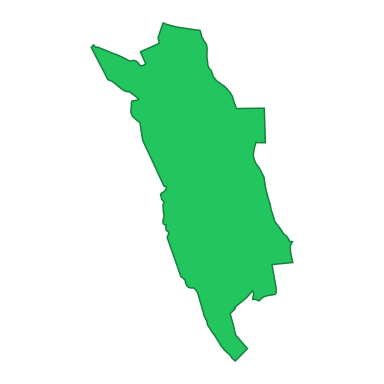 outline of Movileni, Galati, Romania
{"feature_id": "2599482B38309693549911", "entity_name": "Movileni", "entity_type": "district", "adm_level": 2, "iso_a3": "ROU", "parent_name": "Romania", "parent_adm1": "Galati", "projection": "orthographic", "projection_center": [27.365, 45.757], "detail": "fine", "context": "isolated", "style": "filled", "palette": "green", "viewbox_px": 384, "rotation_deg": 0, "n_neighbors": 0, "source": "geoboundaries", "source_scale": "gbopen_adm2", "svg_char_len": 3793}
<svg xmlns="http://www.w3.org/2000/svg" viewBox="0 0 384 384"><path d="M203.9,315.2L204.9,317.2L206.8,321.1L207.5,324.8L211.7,331.4L215.5,336.7L220.9,345.7L224.5,350.1L226.5,352.0L229.8,354.8L231.9,358.0L232.2,358.4L233.7,359.7L234.9,360.7L235.2,361.0L247.5,348.7L235.7,335.0L233.7,326.5L230.2,313.8L230.1,313.4L231.5,312.5L235.4,308.4L234.7,307.4L246.3,297.9L246.5,297.7L252.5,290.9L253.7,293.0L252.7,299.5L254.1,299.2L254.9,299.4L255.7,299.5L257.2,300.0L258.9,300.9L262.4,297.7L265.2,296.3L268.3,295.5L274.4,294.5L274.9,294.5L275.8,293.5L276.2,292.6L275.9,285.8L275.7,285.5L272.0,264.6L292.8,262.5L290.6,252.5L290.3,247.3L290.7,244.7L292.5,241.7L291.8,241.5L291.3,241.6L290.8,241.6L290.0,241.5L289.4,240.9L288.5,238.9L287.0,236.6L284.9,234.9L283.5,233.6L282.6,232.0L282.0,231.2L281.9,231.1L281.7,230.9L280.5,228.9L274.6,221.2L273.0,215.1L271.1,209.7L270.2,204.5L268.0,197.6L265.3,186.6L264.1,177.7L263.0,175.1L259.3,168.2L255.3,162.5L254.0,158.5L253.7,157.3L253.5,156.7L253.4,155.1L253.5,153.1L253.7,151.7L254.0,149.9L254.4,148.0L254.8,146.4L254.9,146.0L255.5,144.3L256.0,142.5L259.9,142.7L262.4,142.7L264.3,142.7L265.3,142.7L265.3,142.3L265.3,140.3L265.2,138.3L265.2,137.3L265.2,136.2L265.1,134.2L264.7,121.2L264.7,119.7L264.5,114.9L264.3,108.2L264.1,108.2L263.8,108.2L245.1,108.4L244.6,108.4L236.6,108.6L236.0,107.3L233.8,101.3L232.9,98.1L232.4,96.3L230.0,92.4L227.5,89.4L223.7,85.6L223.4,85.8L219.6,82.8L217.1,81.4L213.2,76.5L211.8,72.0L210.7,70.0L208.9,68.0L208.9,67.8L207.9,65.6L207.5,60.9L206.9,57.0L207.1,48.1L206.4,44.3L204.6,41.7L203.8,40.6L202.3,37.6L201.5,36.5L201.2,34.4L200.1,30.4L193.4,29.5L192.1,29.3L176.9,27.1L176.4,26.9L174.2,26.4L173.8,26.3L167.1,24.5L163.1,23.0L159.6,33.1L158.3,37.1L158.0,37.9L158.3,38.9L159.4,43.0L158.9,43.3L158.7,43.4L157.6,44.0L157.3,44.2L155.2,45.1L154.1,45.6L150.2,47.4L140.4,51.8L144.1,60.2L145.7,63.8L145.4,64.2L141.6,66.1L140.2,65.4L139.6,65.1L139.2,64.3L138.5,63.4L137.9,62.6L137.1,61.8L135.7,60.9L133.7,60.4L130.4,61.1L128.7,60.5L128.1,60.1L126.7,59.4L125.9,58.9L123.2,57.6L121.9,57.0L118.5,55.4L116.6,54.6L116.3,54.5L114.0,53.8L105.8,50.4L97.5,47.0L96.9,47.3L96.6,47.4L95.3,46.9L95.0,46.8L93.9,45.1L93.0,45.1L92.0,46.8L91.7,47.0L91.2,47.3L93.7,52.1L93.9,52.5L96.0,56.6L96.5,57.6L98.4,61.3L101.9,68.0L107.4,78.7L107.8,79.5L108.2,79.7L108.3,79.8L108.7,80.0L109.9,80.4L110.2,80.6L112.0,81.2L112.3,81.3L112.6,81.5L113.1,82.1L114.4,83.0L115.3,83.8L116.9,85.0L119.2,87.0L121.5,88.9L122.4,89.5L122.6,89.6L123.0,89.8L123.4,90.1L123.9,90.4L124.1,90.6L125.1,91.1L125.3,91.1L125.8,91.3L126.5,91.5L129.5,91.9L136.0,96.7L138.4,99.0L138.6,99.1L137.8,99.8L137.4,100.1L135.4,100.4L131.7,101.2L131.7,101.7L131.6,102.0L131.2,103.5L131.5,105.4L131.4,106.4L131.1,108.0L131.0,109.8L130.9,111.2L130.9,112.5L131.5,114.1L132.5,116.2L132.7,116.6L132.8,116.7L135.1,118.7L135.8,119.4L139.8,122.7L139.9,122.8L140.1,123.1L140.1,123.7L140.1,123.8L140.4,126.0L140.6,127.3L141.1,130.5L141.2,130.9L141.6,133.8L142.0,136.3L142.7,139.6L142.8,140.4L143.0,140.8L143.5,142.1L145.6,146.6L150.1,156.1L156.3,169.5L159.1,175.6L164.0,186.2L166.7,186.9L166.7,187.4L166.1,188.7L165.5,190.0L164.9,190.7L163.4,192.1L163.1,192.3L161.9,192.8L161.5,193.2L161.1,193.6L160.6,194.2L160.5,194.7L160.7,195.4L161.3,197.4L161.7,199.2L162.1,199.9L163.6,201.6L164.0,202.3L163.7,202.9L163.2,204.0L163.0,205.6L163.2,209.1L163.3,211.1L163.4,212.1L163.6,212.8L163.8,213.6L164.0,215.2L164.0,216.7L162.9,220.5L163.2,223.8L164.6,224.6L165.9,224.9L165.8,227.4L166.0,229.2L166.5,230.6L167.2,231.0L167.9,231.4L168.9,233.1L168.0,235.2L167.1,237.3L178.3,269.2L180.9,276.6L185.0,279.9L185.7,283.2L186.9,285.8L188.7,287.5L191.4,288.0L193.6,288.0L195.3,289.1L196.6,291.2L197.8,293.3L198.5,295.8L199.9,300.8L201.5,306.2L202.5,309.7L203.2,312.4L203.9,315.2Z" fill="#22c55e" stroke="#15803d" stroke-width="1.5"/></svg>